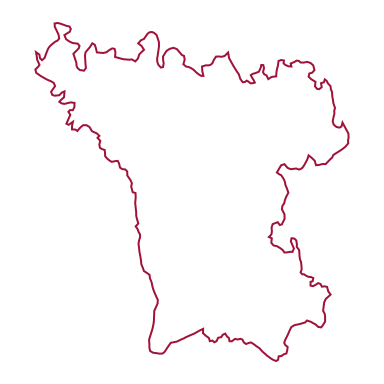 Jaquirana, Rio Grande do Sul, Brazil (Equal Earth projection)
{"feature_id": "56859067B17616703483984", "entity_name": "Jaquirana", "entity_type": "district", "adm_level": 2, "iso_a3": "BRA", "parent_name": "Brazil", "parent_adm1": "Rio Grande do Sul", "projection": "equal_earth", "projection_center": [-50.364, -28.959], "detail": "fine", "context": "isolated", "style": "outline", "palette": "rose", "viewbox_px": 384, "rotation_deg": 0, "n_neighbors": 0, "source": "geoboundaries", "source_scale": "gbopen_adm2", "svg_char_len": 5734}
<svg xmlns="http://www.w3.org/2000/svg" viewBox="0 0 384 384"><path d="M36.0,52.2L36.7,56.1L37.2,59.8L39.5,64.9L37.8,67.2L35.4,69.4L36.2,72.8L41.0,76.2L46.3,79.2L48.4,80.2L50.9,81.2L53.8,83.0L55.1,86.1L53.3,88.6L51.1,91.8L52.2,94.8L54.6,95.7L59.4,95.2L61.7,92.7L64.5,91.4L64.0,97.3L61.2,99.7L59.3,101.8L61.6,103.4L64.4,103.9L70.6,102.4L74.5,102.9L74.4,107.1L72.8,110.2L70.0,110.1L68.4,111.8L70.3,114.8L67.8,120.6L66.4,123.7L68.7,124.8L72.9,121.8L72.0,126.0L72.0,129.4L75.4,129.6L77.4,131.0L78.9,129.1L81.0,126.9L83.2,125.2L86.5,125.2L89.5,127.0L91.9,131.1L93.9,132.1L96.7,133.3L99.4,135.9L97.5,137.8L100.3,140.9L99.3,144.6L100.0,147.9L102.1,149.1L104.7,150.0L105.0,153.0L105.2,156.3L106.9,158.3L108.8,160.0L111.7,161.9L115.3,161.1L117.8,160.9L119.1,163.6L120.0,167.6L122.3,169.1L125.4,169.5L127.2,171.5L127.3,175.5L130.5,180.1L131.9,183.3L131.2,186.5L131.9,189.3L132.7,192.2L135.5,193.0L135.7,197.4L135.2,202.9L135.7,208.0L136.2,212.3L136.2,215.8L136.9,218.7L138.3,223.5L135.7,226.4L137.7,229.3L138.6,232.0L140.0,234.3L140.1,237.1L139.0,240.8L138.5,243.8L139.0,247.5L139.5,252.1L140.4,256.6L141.0,260.6L141.3,264.1L142.5,267.0L144.0,271.1L147.0,273.0L149.6,274.9L149.9,278.2L151.6,282.3L152.6,287.2L153.5,290.0L154.7,293.0L156.5,297.1L157.8,299.8L157.6,303.4L156.6,305.8L154.3,310.8L153.9,320.8L153.5,324.0L152.4,329.1L150.0,336.7L149.1,339.6L149.4,344.9L149.4,347.8L150.1,350.9L152.9,352.7L156.2,353.1L159.8,353.7L162.6,353.5L164.6,351.9L166.8,348.5L169.0,345.3L170.8,342.8L173.9,342.2L177.2,341.5L180.7,339.7L183.8,338.4L185.7,337.3L187.9,336.3L191.1,334.9L193.9,333.8L196.0,332.6L199.5,330.6L203.1,328.9L203.0,333.2L205.9,335.8L208.9,338.0L209.8,341.1L212.5,340.6L214.4,342.3L216.6,341.1L218.1,337.8L221.3,337.1L222.7,334.8L225.2,333.6L227.1,336.6L228.9,338.0L229.5,341.2L231.8,341.3L235.0,338.9L237.8,339.5L240.4,338.8L242.5,339.6L243.8,342.4L246.0,344.0L248.7,343.0L250.9,342.4L254.1,344.4L256.1,346.0L259.4,348.2L262.9,352.0L265.5,354.2L267.2,355.8L269.1,357.1L271.2,358.7L273.7,360.1L276.1,361.0L278.1,359.8L278.7,356.3L281.4,356.0L284.0,354.2L286.4,353.5L287.3,350.0L287.6,346.8L285.4,345.2L284.2,342.9L285.0,340.3L286.5,337.4L288.0,334.3L289.5,330.8L291.3,327.1L294.6,325.1L299.5,324.1L305.1,322.5L307.0,320.5L310.8,321.8L313.6,323.4L315.7,324.5L318.2,326.9L321.2,327.4L323.0,325.0L325.1,321.6L325.1,316.7L324.7,313.7L323.1,310.9L323.7,306.2L324.2,302.3L325.8,298.9L328.3,296.7L330.6,294.6L328.2,291.2L327.1,286.9L324.4,286.3L321.9,286.7L320.5,284.0L318.2,283.1L315.6,284.8L313.1,286.2L310.5,285.6L310.6,281.8L312.6,281.3L313.3,278.1L311.2,277.1L308.4,276.8L306.2,275.8L304.2,274.4L302.1,274.2L300.6,272.4L301.7,269.2L301.4,265.1L301.0,261.9L300.0,259.4L299.5,255.9L299.4,252.9L299.1,250.0L296.8,246.9L296.9,244.2L296.3,240.5L294.4,238.6L291.6,238.2L290.8,241.2L292.2,244.6L293.9,248.5L292.5,251.9L290.2,251.8L286.8,252.4L284.4,252.5L282.6,249.9L279.7,247.8L276.8,246.1L273.6,245.5L271.3,242.8L271.8,238.3L268.9,237.0L271.4,234.5L271.9,231.5L271.6,227.6L272.7,224.1L277.7,222.2L279.8,225.0L281.9,224.4L283.0,222.0L284.6,218.8L284.5,214.4L283.0,211.4L281.9,209.2L282.4,206.0L284.3,203.0L284.9,200.1L286.3,196.6L288.4,192.7L287.0,188.7L285.5,185.1L284.7,181.2L283.1,178.0L281.2,175.2L279.3,174.3L276.9,172.5L278.8,169.2L281.2,165.2L284.5,164.2L287.3,167.6L289.1,168.6L291.3,169.2L293.8,168.8L296.2,168.5L298.7,169.5L300.6,169.1L302.5,167.7L304.5,164.7L306.0,161.9L307.3,159.5L308.6,155.4L312.1,158.2L314.7,160.7L316.0,165.2L319.2,164.9L322.6,164.0L325.7,164.1L328.3,161.3L330.3,159.2L332.2,157.5L333.2,155.1L335.1,153.8L338.2,151.9L340.5,150.4L342.8,148.8L345.6,146.5L348.3,143.2L348.0,140.5L348.6,137.7L348.4,133.5L342.5,122.6L341.5,126.5L339.5,127.6L336.5,127.0L333.7,124.6L332.7,121.4L333.5,117.2L334.4,113.7L334.2,111.0L335.0,108.0L333.4,103.2L332.9,99.7L332.3,96.4L332.0,91.9L330.9,89.4L330.5,86.1L328.0,83.5L326.6,80.8L324.8,79.4L323.9,82.3L321.0,83.2L321.7,87.2L319.2,89.2L317.1,88.9L315.0,86.4L315.5,81.8L311.2,79.2L308.6,76.7L309.3,73.5L312.2,72.7L314.5,70.1L313.2,65.3L310.4,62.9L307.1,61.9L303.6,62.6L300.6,62.5L298.8,60.9L296.6,60.6L294.0,62.2L290.7,63.5L291.4,66.5L288.4,66.3L285.3,64.9L283.6,63.4L283.9,60.5L281.1,60.0L278.5,61.0L278.0,65.4L276.9,69.4L276.4,72.6L276.2,76.4L274.1,76.6L271.7,76.9L268.3,79.1L266.5,75.4L264.2,74.2L263.0,72.2L264.0,68.2L263.3,65.1L261.3,65.0L260.7,67.8L258.9,71.7L255.2,73.2L252.8,73.8L250.8,75.1L251.9,77.4L253.5,79.8L254.8,82.6L252.7,83.2L250.4,83.3L248.6,81.7L246.8,80.6L244.9,82.0L242.7,82.2L240.3,78.9L238.8,74.2L237.0,71.7L233.5,66.1L229.1,58.2L228.1,52.5L224.7,55.9L221.7,56.8L219.0,56.5L216.0,56.6L213.6,60.3L212.5,63.1L210.8,64.7L208.6,65.4L205.9,65.3L202.0,66.5L202.3,71.1L203.4,75.9L201.3,75.9L199.2,74.7L196.0,72.2L193.6,69.8L190.9,68.0L188.3,66.9L186.2,66.6L183.4,64.3L184.7,59.5L184.0,55.9L182.0,55.1L176.9,49.1L173.4,47.8L170.2,48.7L168.1,49.8L166.3,51.2L163.0,56.5L163.2,60.7L163.7,63.4L163.0,67.1L160.8,67.5L158.3,64.7L157.3,61.9L157.1,58.7L157.7,55.5L159.0,46.3L158.9,42.0L156.6,35.0L154.0,32.8L151.9,32.0L149.5,32.3L147.5,33.8L144.0,38.9L140.9,40.3L138.2,43.4L141.5,45.9L144.0,49.8L141.4,52.2L139.3,54.4L137.9,58.6L135.3,61.4L131.8,59.4L129.2,59.7L126.8,59.5L124.0,59.3L121.3,58.7L115.1,57.0L115.4,51.9L114.6,48.9L112.2,48.4L109.4,50.0L106.5,52.2L103.2,53.0L96.9,52.4L95.8,47.8L94.8,44.8L92.3,43.3L90.0,47.0L85.6,52.2L85.0,55.2L85.4,62.7L85.9,68.0L84.0,70.7L79.8,70.0L77.5,68.0L76.5,65.6L76.4,62.9L73.4,53.8L78.8,48.3L79.5,45.7L77.6,43.6L74.8,43.3L72.4,42.9L69.4,41.5L66.1,39.2L64.4,35.1L69.8,31.7L70.8,29.0L69.5,26.5L66.3,25.8L62.8,24.5L59.9,23.5L57.4,23.0L54.6,23.5L54.8,26.8L58.5,34.5L59.2,38.6L57.5,40.6L55.2,41.7L51.6,44.6L49.7,46.4L48.1,48.7L46.4,52.9L44.6,57.9L42.0,60.2L40.0,58.2L39.4,54.6L36.0,52.2Z" fill="none" stroke="#9f1239" stroke-width="2"/></svg>